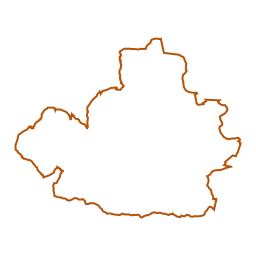 outline of Carjiti, Hunedoara, Romania
{"feature_id": "2599482B6366449837479", "entity_name": "Carjiti", "entity_type": "district", "adm_level": 2, "iso_a3": "ROU", "parent_name": "Romania", "parent_adm1": "Hunedoara", "projection": "natural_earth1", "projection_center": [22.817, 45.851], "detail": "fine", "context": "isolated", "style": "outline", "palette": "amber", "viewbox_px": 256, "rotation_deg": 0, "n_neighbors": 0, "source": "geoboundaries", "source_scale": "gbopen_adm2", "svg_char_len": 5714}
<svg xmlns="http://www.w3.org/2000/svg" viewBox="0 0 256 256"><path d="M160.1,38.8L159.6,39.1L156.5,38.5L154.4,38.9L151.5,39.8L151.2,40.1L150.4,42.9L148.4,44.2L146.8,46.1L146.0,47.6L146.1,48.2L145.8,48.8L142.8,49.0L140.6,48.7L139.2,49.4L138.1,49.4L134.2,49.0L131.4,49.1L128.8,48.6L127.2,48.9L125.2,48.6L122.8,49.5L122.1,50.2L121.6,50.4L120.3,51.2L119.6,52.0L120.3,53.2L120.3,54.0L121.1,54.8L120.9,55.1L120.9,55.5L120.6,55.6L120.5,56.4L119.5,57.2L119.6,57.6L119.9,57.8L120.1,58.1L119.7,59.4L120.4,60.1L120.2,60.6L120.5,60.6L120.7,61.0L120.6,61.4L120.8,61.7L120.4,62.2L120.4,62.8L120.8,63.3L120.8,64.0L121.2,64.4L121.0,64.9L121.3,65.6L120.9,66.1L120.8,67.2L120.9,68.0L119.5,70.7L119.4,71.9L119.6,72.9L119.3,73.4L120.1,74.7L120.3,75.2L120.1,76.0L120.0,77.4L120.1,77.9L119.9,78.4L120.5,79.3L120.3,80.1L121.5,82.1L121.5,82.4L120.9,82.7L120.8,83.2L122.1,84.0L123.0,85.1L123.2,85.8L123.6,85.9L123.6,86.4L121.8,87.9L120.6,89.8L117.2,89.7L116.2,89.4L115.8,89.1L116.8,88.4L116.9,88.2L116.8,87.8L116.2,87.5L115.3,87.4L110.3,88.2L107.6,89.6L102.4,91.1L101.4,92.1L101.4,92.4L101.6,92.6L100.9,93.6L100.9,92.8L100.4,92.8L100.2,92.2L99.8,91.7L99.7,92.1L98.4,93.1L97.4,94.3L96.7,96.0L93.2,99.3L91.0,101.8L89.5,104.4L87.8,106.6L87.3,107.7L87.3,109.7L87.6,110.6L87.5,111.2L87.8,111.3L87.9,111.8L87.8,112.1L88.0,112.2L87.2,113.4L87.0,114.3L87.1,116.5L87.5,116.8L87.9,117.6L87.3,123.0L87.8,126.8L87.7,127.1L87.4,127.1L87.2,128.1L86.8,128.0L85.3,125.2L84.7,124.4L82.6,123.8L81.0,123.0L79.7,121.7L79.4,121.3L79.2,120.2L78.7,119.5L78.2,119.2L76.5,119.0L75.1,118.2L74.2,117.0L73.7,115.5L73.3,115.1L73.4,115.4L73.1,115.5L72.6,114.7L72.4,114.8L72.6,115.6L72.3,115.6L72.2,115.8L71.7,114.5L71.4,115.4L71.6,116.2L71.3,116.3L71.1,116.8L71.0,119.0L70.4,119.2L70.2,118.1L70.0,117.7L69.1,115.3L68.4,114.3L66.4,112.1L63.4,110.7L62.2,110.4L61.1,109.6L57.7,109.4L55.6,109.8L55.2,109.4L55.1,110.0L54.8,109.3L55.1,108.5L54.7,108.5L53.8,107.8L52.0,107.5L50.3,107.7L48.6,107.5L47.8,107.6L46.6,109.0L45.3,109.4L43.8,111.0L41.8,114.2L41.6,114.8L41.7,116.8L41.1,118.3L40.7,118.9L40.6,119.5L39.7,119.4L38.7,120.8L37.1,121.7L35.6,123.1L34.7,124.5L34.4,126.1L33.7,126.3L33.7,126.7L33.0,127.1L32.9,127.9L33.1,128.2L32.6,128.4L32.0,127.9L31.8,128.3L31.3,128.2L30.8,127.2L30.5,126.9L30.7,126.5L30.2,126.4L29.3,126.8L29.4,127.0L29.3,127.3L27.8,128.4L27.7,128.9L27.0,129.6L25.9,130.0L22.4,132.0L20.4,133.7L19.2,134.2L18.7,134.8L18.1,136.1L17.7,138.6L17.0,141.1L15.6,144.6L15.7,145.3L15.4,146.2L15.6,147.1L15.7,149.9L17.4,151.0L17.8,151.4L17.7,151.9L17.9,152.3L21.1,154.9L22.2,156.5L21.8,156.9L21.8,157.4L22.8,157.7L23.5,158.7L24.4,158.6L26.0,159.4L26.8,159.3L28.3,160.0L29.9,160.1L31.9,161.4L33.3,163.6L34.9,165.4L35.6,166.6L36.9,167.3L37.1,167.7L37.3,169.2L38.2,170.7L39.4,171.8L39.8,172.5L41.1,173.5L41.4,174.4L41.9,174.5L42.2,175.2L42.8,175.1L42.9,175.3L42.8,175.8L43.0,176.1L43.5,176.3L43.8,176.9L43.7,177.3L49.6,175.2L53.4,172.9L54.2,172.2L54.2,171.4L54.6,170.2L55.5,168.8L56.5,168.4L56.6,168.0L56.7,167.8L57.9,168.0L57.8,167.8L57.4,167.5L57.4,167.0L58.9,167.9L60.8,169.4L60.4,169.8L61.6,170.6L61.8,170.5L63.0,170.9L62.9,171.3L61.7,172.0L61.1,172.6L61.0,173.5L60.4,174.1L59.9,176.8L59.4,178.0L57.6,180.8L56.7,182.8L56.1,183.1L54.2,183.2L53.2,185.6L53.2,186.4L53.8,189.3L53.4,190.3L54.2,193.5L54.3,195.2L54.7,196.1L58.9,197.3L61.6,197.6L62.8,198.4L65.2,198.5L66.2,199.1L67.1,200.0L67.8,200.3L70.0,200.5L74.3,198.3L75.5,198.0L77.6,198.7L78.6,199.4L80.0,199.6L81.3,199.5L83.1,199.1L84.3,200.5L85.0,201.1L85.2,201.5L85.2,202.8L86.2,204.1L88.8,203.8L90.2,203.2L94.1,203.3L96.4,204.5L97.7,205.0L98.8,205.8L100.2,207.9L101.9,209.1L102.6,210.7L103.2,211.5L105.0,212.0L106.4,213.0L107.1,213.7L109.6,213.4L112.8,214.0L114.2,214.6L116.9,214.7L118.8,215.1L119.9,215.0L122.3,213.6L122.8,213.9L125.5,214.5L128.9,214.4L129.6,214.8L130.5,215.0L131.5,215.4L133.1,215.0L138.3,214.8L139.3,215.3L140.7,217.2L141.6,217.5L143.6,216.6L144.1,216.0L146.9,215.2L147.8,215.3L151.4,213.5L152.2,212.8L154.8,212.3L156.7,213.1L159.8,212.7L160.3,212.8L163.0,213.7L165.3,213.8L168.5,215.0L169.6,214.6L170.1,214.1L172.3,214.0L172.6,213.5L173.5,214.4L176.1,215.8L176.5,216.4L180.3,217.2L181.3,215.6L182.8,216.1L184.5,216.3L187.0,214.8L188.9,215.2L190.6,216.5L192.3,216.8L194.9,216.1L196.6,216.4L200.2,216.1L202.1,215.7L203.9,215.0L205.6,211.5L207.0,210.2L208.1,208.3L209.6,206.7L211.3,207.2L212.5,208.0L214.1,209.7L214.7,206.6L214.6,206.3L215.0,205.7L215.5,203.0L216.2,200.7L216.2,198.9L214.6,199.2L214.9,199.1L214.9,198.9L214.4,199.0L214.1,199.3L213.1,199.0L213.3,197.0L212.6,195.2L211.7,193.9L211.4,191.7L210.8,189.6L209.3,188.5L208.6,187.3L207.1,185.3L208.0,183.2L208.5,181.4L208.5,180.1L208.2,178.2L207.1,176.2L208.5,175.7L209.3,174.8L210.3,174.4L211.5,172.8L212.0,171.6L213.4,170.9L214.9,170.4L221.4,169.8L226.2,167.9L231.0,166.7L230.8,166.5L230.3,166.7L224.1,165.2L225.6,163.4L225.0,162.1L232.7,155.4L235.9,156.2L237.0,153.2L237.6,152.7L240.6,143.6L239.8,143.4L239.7,141.6L238.3,141.2L240.0,139.5L238.2,137.8L234.1,138.6L232.4,138.4L230.4,138.9L227.4,139.1L223.6,136.8L220.6,132.7L219.4,129.0L219.6,126.7L222.2,124.9L222.2,123.1L220.9,120.8L219.8,117.3L219.8,116.7L220.1,116.3L225.0,113.4L227.1,110.6L227.4,108.9L227.1,108.0L225.1,105.2L222.8,105.2L221.1,104.6L218.4,102.8L218.0,101.8L219.5,100.4L205.5,99.7L206.1,101.2L203.1,102.9L203.7,103.7L203.7,104.2L201.4,104.3L199.7,104.8L197.9,104.6L196.5,103.4L196.5,102.5L195.0,94.9L197.0,93.5L196.4,92.6L194.7,93.0L189.0,92.1L186.3,90.7L185.6,90.1L183.9,87.2L183.6,86.3L183.7,85.4L183.2,83.0L183.5,82.6L182.5,79.3L182.6,77.0L183.2,74.6L184.5,73.8L186.7,70.8L185.9,69.8L185.9,66.9L186.3,63.8L184.6,60.0L184.2,58.5L183.2,56.9L181.4,56.3L179.8,55.3L179.4,54.8L163.9,52.9L160.8,38.8L160.1,38.8Z" fill="none" stroke="#b45309" stroke-width="2"/></svg>